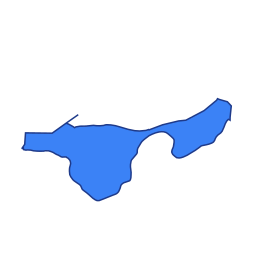 Grande Riviere, Dennery, Saint Lucia, rotated 132°
{"feature_id": "8701671B60568978044101", "entity_name": "Grande Riviere", "entity_type": "district", "adm_level": 2, "iso_a3": "LCA", "parent_name": "Saint Lucia", "parent_adm1": "Dennery", "projection": "albers", "projection_center": [-60.932, 13.933], "detail": "fine", "context": "isolated", "style": "filled", "palette": "blue", "viewbox_px": 256, "rotation_deg": 132, "n_neighbors": 0, "source": "geoboundaries", "source_scale": "gbopen_adm2", "svg_char_len": 2227}
<svg xmlns="http://www.w3.org/2000/svg" viewBox="0 0 256 256"><g transform="rotate(132 128 128)"><path d="M46.3,81.1L48.0,80.7L64.2,83.1L83.5,90.2L89.0,95.2L102.4,104.4L115.3,111.1L115.3,111.6L116.3,112.2L117.7,113.0L118.6,113.8L122.5,117.4L125.5,121.2L128.9,127.0L132.8,135.1L134.7,138.9L137.2,142.8L139.9,146.1L141.0,147.0L142.5,147.9L144.2,149.5L145.1,150.3L147.5,153.1L148.4,154.4L149.2,155.5L154.8,160.6L158.7,164.8L162.1,167.5L162.5,167.6L163.5,167.9L163.7,169.6L163.9,170.6L164.9,174.9L165.8,177.2L151.4,173.9L166.2,177.3L182.6,180.9L200.2,200.9L203.9,198.0L209.3,193.8L213.9,193.2L214.0,192.9L213.8,192.5L212.4,193.0L213.9,191.1L212.7,189.0L211.8,188.3L209.6,185.6L208.2,183.0L206.4,180.6L204.4,178.2L201.7,175.3L200.1,174.1L198.0,171.6L196.9,169.1L196.2,167.1L196.0,165.8L195.5,163.5L194.8,161.6L194.4,159.8L194.3,158.9L193.7,157.5L192.3,156.1L190.9,154.6L190.9,153.7L190.6,152.7L190.6,151.6L190.9,149.5L191.7,148.1L192.8,146.8L195.0,145.6L196.3,145.0L197.7,144.0L199.3,142.6L201.6,140.1L202.6,137.7L203.3,134.4L203.3,132.5L202.9,129.4L202.5,126.5L202.5,125.1L202.7,124.2L204.0,121.4L204.2,120.6L204.1,118.8L203.8,115.5L203.7,112.4L203.7,107.2L203.3,104.3L202.7,102.5L201.3,100.9L200.1,100.3L197.6,99.0L193.1,96.8L188.2,94.4L186.1,93.3L184.5,92.6L183.2,92.4L181.6,92.4L179.3,93.1L177.7,93.7L175.4,94.9L173.8,95.0L171.7,94.6L170.3,93.8L166.1,91.5L165.5,91.5L164.5,91.8L163.0,92.6L161.0,94.2L158.9,96.0L155.3,100.1L153.5,101.7L150.5,103.6L149.3,104.0L142.5,104.2L141.2,104.3L140.1,104.7L138.2,106.3L136.9,107.0L136.1,107.3L133.5,107.8L130.4,108.4L128.7,108.6L126.2,108.4L124.4,108.1L119.6,107.2L116.4,105.9L113.2,104.3L110.2,102.3L108.4,100.7L106.9,98.9L105.8,96.5L105.5,94.1L105.4,90.3L105.5,87.4L105.8,86.2L106.5,85.3L107.9,84.1L111.6,81.7L113.0,81.2L114.5,80.7L115.6,80.1L116.6,79.4L117.2,78.3L117.6,77.2L117.7,76.3L117.7,74.4L117.5,72.0L116.1,70.0L114.7,68.8L112.5,67.5L108.6,65.8L104.9,64.7L99.7,63.1L94.2,61.9L92.7,61.7L91.6,61.2L88.1,58.6L85.7,57.0L83.0,55.6L81.2,55.1L80.6,55.2L79.4,55.3L77.6,56.0L75.5,56.5L73.1,56.5L69.6,55.8L67.4,55.9L63.3,57.2L59.7,58.6L56.7,59.3L54.4,59.2L54.0,58.1L53.9,57.4L51.7,59.3L42.5,66.0L42.0,71.7L45.7,79.3L46.3,81.1Z" fill="#3b82f6" stroke="#1e3a8a" stroke-width="1.5"/></g></svg>